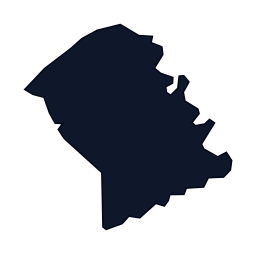 Owen, Kentucky, United States of America, rotated 184°
{"feature_id": "52423323B69161309107902", "entity_name": "Owen", "entity_type": "district", "adm_level": 2, "iso_a3": "USA", "parent_name": "United States of America", "parent_adm1": "Kentucky", "projection": "natural_earth1", "projection_center": [-84.882, 38.532], "detail": "fine", "context": "isolated", "style": "filled", "palette": "ink", "viewbox_px": 256, "rotation_deg": 184, "n_neighbors": 0, "source": "geoboundaries", "source_scale": "gbopen_adm2", "svg_char_len": 839}
<svg xmlns="http://www.w3.org/2000/svg" viewBox="0 0 256 256"><g transform="rotate(184 128 128)"><path d="M110.0,221.1L123.7,221.0L142.9,230.7L165.5,223.4L180.2,214.0L190.6,203.3L215.4,181.5L233.7,159.2L225.1,154.9L214.0,152.8L207.4,137.5L201.1,127.8L193.6,127.8L197.5,121.7L190.8,113.0L151.0,81.7L146.1,27.5L142.7,25.3L127.0,32.3L121.0,40.1L110.0,39.2L95.0,54.7L86.3,52.7L82.7,58.5L81.6,64.5L67.6,65.7L65.6,72.1L48.4,74.4L44.4,84.0L29.2,85.7L22.9,93.3L22.3,102.8L28.2,110.6L36.5,105.5L50.8,112.3L53.6,117.1L42.0,139.1L47.3,142.3L51.7,137.4L61.1,135.0L64.5,137.9L58.1,147.3L59.5,151.7L73.1,158.9L75.3,167.7L70.4,178.2L76.1,184.1L80.6,183.3L81.1,171.2L87.7,163.7L92.2,166.2L93.2,171.8L86.7,175.8L86.8,181.5L99.2,184.8L105.8,189.5L98.4,203.6L99.8,211.2L110.9,214.8L110.0,221.1Z" fill="#0f172a" stroke="#020617" stroke-width="1.5"/></g></svg>